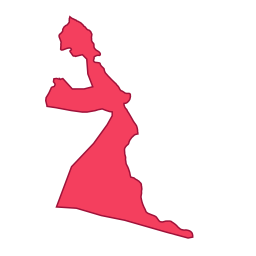 outline of Derniere Riviere, Dennery, Saint Lucia, rotated 194°
{"feature_id": "8701671B84632828581630", "entity_name": "Derniere Riviere", "entity_type": "district", "adm_level": 2, "iso_a3": "LCA", "parent_name": "Saint Lucia", "parent_adm1": "Dennery", "projection": "albers", "projection_center": [-60.925, 13.955], "detail": "fine", "context": "isolated", "style": "filled", "palette": "rose", "viewbox_px": 256, "rotation_deg": 194, "n_neighbors": 0, "source": "geoboundaries", "source_scale": "gbopen_adm2", "svg_char_len": 5216}
<svg xmlns="http://www.w3.org/2000/svg" viewBox="0 0 256 256"><g transform="rotate(194 128 128)"><path d="M38.8,37.8L39.3,39.6L40.1,41.1L40.8,41.9L42.1,42.7L43.0,43.0L44.3,43.2L45.5,43.2L47.1,43.1L48.8,42.5L50.3,42.4L51.4,42.4L52.0,42.4L53.0,42.7L55.5,43.9L57.4,45.2L59.4,46.2L61.4,47.0L62.3,47.2L63.1,47.7L63.8,47.8L64.9,47.8L66.1,47.5L67.7,47.1L69.0,46.7L70.6,45.8L71.9,45.1L72.7,45.0L74.0,44.9L74.5,45.0L75.1,45.3L75.8,45.7L76.6,46.4L77.3,47.0L78.7,48.2L79.5,48.7L81.0,49.1L82.5,49.3L85.7,49.7L88.3,50.1L89.6,50.7L90.5,51.3L91.0,52.2L92.1,53.6L93.5,55.2L95.4,57.8L96.8,60.1L97.8,62.1L98.8,64.3L98.8,64.8L98.9,65.5L99.0,67.6L99.4,69.2L99.7,70.1L99.7,70.7L99.8,72.1L100.2,73.2L100.7,74.6L101.4,76.0L101.4,76.5L101.6,76.8L102.2,77.5L103.7,78.4L104.7,79.1L105.9,79.4L106.7,79.8L108.2,80.1L109.5,80.7L110.1,81.0L113.1,81.0L113.4,81.0L113.7,81.5L114.0,81.9L114.9,83.7L115.7,85.4L116.7,87.0L117.9,88.9L119.3,90.7L119.9,91.3L121.2,92.9L121.9,94.7L122.8,96.8L123.1,98.6L123.6,99.8L124.1,100.6L125.0,102.3L125.2,103.2L125.8,104.9L126.2,106.3L126.3,107.4L125.9,108.9L125.1,110.6L124.0,112.1L123.8,112.6L123.6,113.6L123.6,115.0L123.2,117.0L122.6,118.4L122.1,119.7L121.3,120.9L120.1,122.8L119.2,123.5L117.4,124.5L117.0,124.6L117.3,125.8L117.8,126.7L118.2,128.2L118.6,129.2L119.3,130.6L120.3,132.2L121.8,133.6L122.8,134.4L123.8,135.3L124.5,135.9L125.3,136.8L127.5,139.1L131.3,143.0L132.1,143.7L132.6,144.1L133.1,144.9L134.0,145.8L135.1,146.4L136.2,147.5L137.3,149.1L137.7,150.2L137.8,150.9L137.4,151.0L136.0,151.6L134.9,152.6L133.8,154.5L133.5,155.3L133.2,156.3L133.2,158.0L133.3,159.4L133.6,160.0L133.7,160.7L133.8,160.9L134.0,161.2L134.2,161.5L134.8,161.8L135.2,161.8L135.9,161.7L137.9,161.2L139.5,161.2L139.6,161.3L141.1,161.9L142.6,162.4L143.9,162.5L144.2,162.8L145.2,163.4L145.5,163.8L146.8,165.3L148.0,166.3L149.5,167.2L150.6,168.2L151.2,168.4L153.1,169.5L155.7,171.0L157.4,172.1L160.0,173.7L161.7,174.9L163.2,175.9L164.0,176.8L164.4,177.4L164.5,177.5L164.9,178.2L165.7,179.8L166.7,180.4L168.3,181.3L169.2,181.9L170.1,182.8L170.3,183.1L170.6,183.7L170.9,184.0L171.2,184.2L171.5,184.2L172.4,184.2L173.4,184.1L174.8,183.9L175.5,183.8L176.0,183.8L176.7,184.0L177.2,184.3L177.5,184.6L177.7,184.9L177.8,185.3L177.8,185.8L177.9,186.2L177.7,186.9L177.8,187.7L178.0,188.2L178.0,188.7L177.9,188.9L177.8,189.1L177.2,189.7L176.9,190.0L176.5,190.3L175.8,190.9L175.6,191.0L175.2,191.1L174.4,191.4L173.6,191.4L173.1,191.6L172.9,191.8L172.7,192.3L172.7,192.7L172.8,193.2L173.4,194.0L174.1,194.6L175.2,195.1L176.1,195.4L177.5,195.8L177.9,196.0L178.4,196.3L179.2,196.8L179.4,196.9L179.9,197.4L180.2,197.6L180.6,198.5L180.9,199.2L181.0,199.8L181.1,200.1L181.3,200.8L181.5,201.2L181.8,201.6L182.1,201.9L182.5,202.1L183.0,202.3L183.4,202.7L183.9,203.3L184.4,203.9L184.7,204.4L184.7,204.8L184.8,205.4L184.9,205.7L185.0,206.0L185.4,207.1L185.5,207.5L185.5,207.9L185.5,208.2L185.6,209.0L185.7,210.1L186.0,210.6L186.5,211.1L186.8,211.5L187.1,212.0L187.4,212.3L187.6,212.5L188.2,212.9L189.2,213.4L189.5,213.5L190.6,213.5L191.1,213.7L191.6,213.8L192.2,214.2L192.7,214.6L193.5,215.2L193.7,215.4L194.2,215.7L194.6,215.9L194.9,216.0L195.4,216.0L195.5,216.1L195.8,216.3L196.1,216.7L196.9,217.3L197.7,217.7L197.9,217.8L198.5,218.2L199.1,218.5L200.0,218.8L201.3,219.1L202.2,219.4L202.8,219.5L203.1,219.5L203.6,219.5L203.9,219.6L204.3,220.0L204.6,220.1L205.5,220.2L206.2,220.2L206.6,220.5L207.1,220.5L207.8,220.7L208.4,220.7L208.9,220.9L209.3,221.0L209.8,221.2L210.2,221.4L211.3,221.9L211.3,220.9L211.3,220.4L211.4,220.0L211.3,219.5L211.0,218.4L211.0,217.9L210.8,217.3L210.7,217.1L210.6,216.8L210.6,216.2L210.8,216.0L210.9,215.7L211.1,215.0L211.4,214.5L211.7,214.0L212.1,213.2L212.3,213.0L213.0,212.5L213.4,212.1L213.5,211.9L213.7,211.6L213.9,211.3L214.2,211.0L214.5,210.5L214.7,209.7L215.0,208.7L215.1,208.2L215.1,207.6L215.1,207.4L214.9,206.7L214.8,206.3L214.9,205.9L215.1,205.5L215.3,205.0L215.7,204.4L215.8,204.0L216.1,203.5L216.4,203.2L217.0,202.3L217.0,202.1L217.2,201.7L217.2,201.2L217.2,200.7L217.0,200.3L216.8,199.7L216.5,199.3L216.1,198.8L215.9,198.4L215.2,197.5L213.9,195.5L213.6,194.8L213.5,193.6L213.3,192.6L213.1,192.2L213.0,191.7L212.7,189.8L212.5,189.0L212.5,188.4L212.4,188.1L211.9,187.7L211.2,187.6L210.9,187.7L210.4,187.9L210.1,188.0L209.6,188.3L208.8,188.9L208.2,189.3L207.5,189.8L206.9,190.2L206.6,190.4L205.5,191.0L204.1,191.6L203.8,191.6L202.8,191.4L202.4,191.2L202.2,190.9L201.9,190.4L202.0,190.1L202.3,189.7L202.9,189.0L202.9,188.7L202.8,188.3L202.7,188.1L202.2,187.7L200.9,186.6L199.0,184.9L198.5,184.7L198.1,184.7L196.6,185.0L196.3,184.8L190.0,188.1L184.7,184.9L180.0,170.7L172.2,159.5L180.0,155.3L191.5,152.4L203.2,160.2L203.5,159.9L205.7,158.9L205.9,159.0L205.8,158.8L209.3,158.8L210.6,158.3L211.8,157.8L211.6,155.6L211.5,154.8L209.9,153.6L209.3,152.6L209.3,152.1L209.3,151.7L209.6,150.5L211.6,149.3L212.0,148.8L212.2,148.4L212.3,147.5L213.1,143.3L213.4,142.1L214.4,138.8L214.8,137.7L214.4,134.6L211.9,129.8L211.8,129.4L202.7,130.3L187.4,131.2L176.3,132.4L171.5,133.6L164.1,136.9L161.3,138.6L157.6,140.3L154.1,139.8L150.0,139.5L147.2,139.8L146.3,136.0L149.0,126.1L157.6,104.7L173.4,76.8L178.3,34.1L158.7,37.7L132.7,36.6L108.9,37.7L65.3,36.2L43.1,35.8L38.8,37.8Z" fill="#f43f5e" stroke="#9f1239" stroke-width="1.5"/></g></svg>